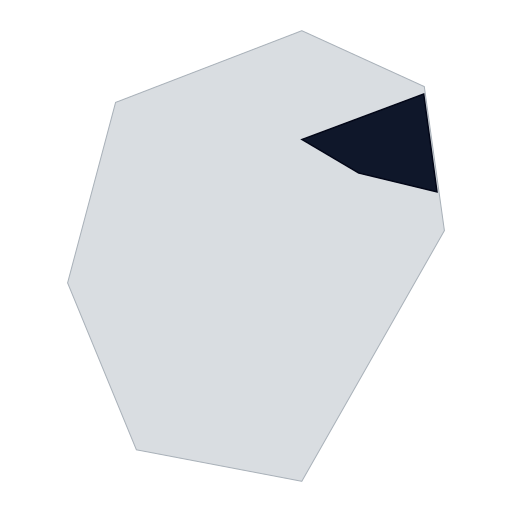 where Ijuw sits in Nauru
{"feature_id": "NRU-4980", "entity_name": "Ijuw", "entity_type": "state/province", "adm_level": 1, "iso_a3": "NRU", "parent_name": "Nauru", "parent_adm1": "", "projection": "mercator", "projection_center": [166.951, -0.505], "detail": "fine", "context": "in_parent", "style": "filled", "palette": "ink", "viewbox_px": 512, "rotation_deg": 0, "n_neighbors": 0, "source": "natural_earth", "source_scale": "10m", "svg_char_len": 345}
<svg xmlns="http://www.w3.org/2000/svg" viewBox="0 0 512 512"><path d="M444.4,230.6L301.8,481.3L136.4,449.8L67.6,282.9L115.6,102.4L301.8,30.7L424.3,86.6L444.4,230.6Z" fill="#d9dde1" stroke="#a8b0b8" stroke-width="1"/><path d="M423.7,94.0L437.0,191.9L358.7,173.0L302.0,139.5L423.7,94.0Z" fill="#0f172a" stroke="#020617" stroke-width="1.5"/></svg>